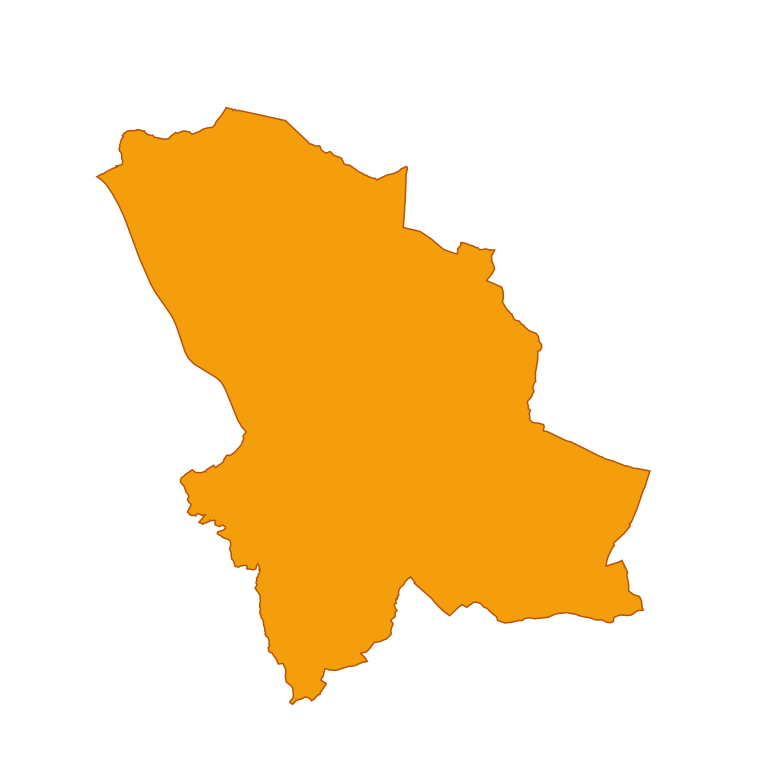 outline of Breaza, Prahova, Romania, rotated 170°
{"feature_id": "2599482B80317007736787", "entity_name": "Breaza", "entity_type": "district", "adm_level": 2, "iso_a3": "ROU", "parent_name": "Romania", "parent_adm1": "Prahova", "projection": "equal_earth", "projection_center": [25.656, 45.184], "detail": "fine", "context": "isolated", "style": "filled", "palette": "amber", "viewbox_px": 768, "rotation_deg": 170, "n_neighbors": 0, "source": "geoboundaries", "source_scale": "gbopen_adm2", "svg_char_len": 6141}
<svg xmlns="http://www.w3.org/2000/svg" viewBox="0 0 768 768"><g transform="rotate(170 384 384)"><path d="M491.5,683.6L493.2,681.2L498.9,675.5L503.5,671.7L505.8,668.4L507.6,667.1L509.1,666.6L513.2,666.9L518.3,666.3L522.4,664.6L529.5,663.3L530.2,663.5L531.3,665.8L537.2,668.1L544.1,666.8L545.5,667.9L550.8,665.2L554.1,662.8L558.3,663.4L567.6,667.1L568.5,669.2L569.6,669.1L573.5,670.7L576.2,674.2L576.0,674.9L578.7,675.4L580.9,677.0L583.2,677.3L584.4,676.5L585.3,677.1L587.9,676.8L589.2,677.7L593.3,677.6L594.6,676.5L596.6,676.2L597.0,674.8L598.6,674.2L598.0,672.5L600.2,670.5L602.9,664.8L602.9,663.2L604.2,661.7L603.8,659.1L602.7,657.5L602.5,655.0L603.2,651.5L602.6,649.0L603.1,647.0L604.0,645.9L604.6,645.3L609.9,645.3L609.2,644.2L613.2,643.5L620.2,641.4L624.5,639.5L624.7,639.9L630.8,638.0L626.7,634.1L623.0,628.9L618.4,618.4L614.4,606.9L610.6,592.5L602.8,549.4L596.2,522.4L593.5,514.6L581.8,489.1L579.9,483.6L578.4,477.1L574.3,449.9L572.8,445.0L570.8,441.2L567.5,436.6L547.6,418.9L543.8,413.8L541.2,406.5L534.1,373.4L531.4,366.3L528.0,360.6L530.5,358.7L531.9,357.0L531.7,354.5L535.4,348.6L542.5,343.0L545.9,341.2L548.5,340.4L550.7,341.2L551.3,341.0L554.8,337.4L555.8,335.3L558.1,333.8L560.7,332.9L564.3,330.8L565.9,333.6L573.9,330.3L574.7,328.5L575.7,329.2L579.0,328.3L584.7,329.5L587.8,332.8L595.8,329.2L597.1,328.0L599.4,327.0L601.2,324.8L601.3,323.3L601.1,321.9L598.6,317.9L597.7,311.8L596.1,309.2L595.8,307.7L595.9,306.6L597.7,304.5L596.8,301.5L595.3,299.7L595.1,298.0L599.8,292.1L598.8,291.1L598.4,289.5L596.2,287.8L594.0,287.8L592.3,286.7L590.4,288.9L588.3,288.1L586.2,286.1L582.7,286.2L590.3,279.9L586.5,277.3L585.9,278.1L583.2,278.2L579.2,279.2L578.9,280.2L576.5,279.1L574.7,279.4L573.8,278.7L574.9,275.6L574.6,274.5L570.7,272.3L566.8,273.1L566.1,271.6L564.9,270.6L565.1,269.5L568.1,267.9L573.3,267.3L574.2,265.7L573.3,264.5L571.1,263.1L569.8,261.2L566.6,259.1L564.6,258.3L562.7,255.8L562.7,252.6L564.7,248.5L563.8,244.0L564.4,240.9L564.3,238.0L562.9,235.9L562.2,230.2L558.8,228.9L556.6,229.7L551.7,229.5L550.3,228.2L551.2,226.3L550.9,225.4L549.1,225.4L544.9,223.6L542.2,224.3L540.7,227.7L539.8,228.6L539.4,228.7L538.7,227.0L538.8,223.9L538.2,223.2L539.3,222.6L538.7,221.6L539.9,219.2L541.0,218.2L541.3,216.6L543.3,215.0L543.3,212.5L544.6,211.0L544.0,208.1L546.4,205.5L542.8,197.6L543.6,190.5L544.5,189.7L544.5,188.0L545.1,186.9L544.7,183.5L546.2,180.4L545.5,178.2L545.5,175.0L544.7,174.0L544.1,172.5L544.3,166.6L543.7,164.0L544.3,161.6L543.6,159.9L544.6,158.6L543.7,155.7L542.7,155.3L542.1,154.2L541.7,150.3L542.5,147.8L542.0,146.5L542.6,145.3L543.5,144.9L543.9,144.0L543.8,141.1L543.0,139.6L540.9,138.6L540.5,137.7L539.8,135.3L538.4,133.2L536.6,126.5L532.3,126.4L531.8,125.7L530.2,119.3L532.0,112.8L532.1,108.4L531.7,107.1L527.4,102.3L526.7,99.8L527.4,92.0L529.3,89.6L531.2,88.4L532.1,86.9L529.7,84.4L524.8,87.9L520.6,88.0L516.0,89.4L513.0,88.1L511.3,86.5L510.3,84.6L507.1,86.0L503.7,88.9L500.7,89.6L500.6,90.8L493.1,98.5L493.3,99.8L495.0,100.3L495.2,101.4L497.4,102.9L497.5,103.6L497.1,104.5L494.7,106.6L491.7,113.7L490.1,113.5L487.3,111.8L480.7,110.3L466.9,112.2L463.9,111.6L461.7,111.7L453.8,113.6L448.6,113.7L450.4,118.2L452.7,121.1L453.7,123.0L448.2,123.1L444.7,125.4L438.5,131.1L432.8,131.1L425.7,132.6L421.0,135.7L420.1,137.5L420.1,140.4L416.8,146.1L417.0,147.4L418.4,149.3L418.4,150.1L413.4,153.1L412.9,155.3L413.1,156.7L410.5,158.7L411.4,160.1L412.5,164.5L411.8,165.3L409.9,166.0L410.1,168.7L408.6,169.8L409.3,170.2L409.1,170.6L407.2,171.6L407.5,172.8L407.2,173.4L406.0,173.7L406.1,175.3L405.0,178.8L402.9,180.9L399.7,182.8L397.1,185.9L393.7,188.5L393.3,188.1L391.2,189.6L390.6,187.7L390.0,187.3L388.1,183.3L388.9,182.8L374.9,165.3L369.6,156.5L365.3,150.5L359.6,144.4L348.9,151.5L345.5,153.1L341.3,149.7L334.4,153.1L331.9,153.5L327.1,151.2L324.3,146.7L321.4,145.2L318.9,141.3L317.0,139.3L316.7,138.3L314.4,136.4L313.5,134.5L313.1,131.4L306.6,127.7L300.2,127.2L291.7,127.7L289.7,126.9L286.1,128.5L283.8,128.7L279.8,128.1L276.8,126.7L263.0,125.7L254.7,127.8L244.2,127.2L235.4,124.0L230.2,121.0L221.8,117.9L216.3,114.9L210.1,113.8L205.6,110.4L202.2,109.6L199.3,110.3L198.7,113.1L197.1,114.6L191.2,115.5L184.9,113.8L180.5,113.6L173.3,116.8L168.0,116.2L168.6,119.5L168.1,125.5L169.2,130.3L174.5,133.0L179.1,137.9L178.4,140.6L177.8,145.5L178.2,153.1L176.8,156.3L180.3,169.0L183.4,167.9L196.9,166.1L195.2,171.4L192.7,176.0L187.6,183.0L185.2,184.9L185.8,187.1L173.4,195.2L166.5,201.1L166.0,202.4L166.8,204.0L164.5,204.8L157.0,216.4L147.2,234.3L145.3,236.7L137.2,252.2L150.8,257.3L152.0,257.3L158.8,261.2L160.4,261.3L172.5,268.7L180.0,272.4L182.2,274.5L183.6,275.0L209.6,294.3L214.2,296.3L231.6,308.9L234.7,309.9L235.1,310.6L233.5,314.6L234.0,316.3L237.5,318.2L244.4,320.3L246.9,324.0L246.1,326.3L246.1,329.6L244.5,332.4L244.8,333.3L246.2,335.0L245.7,336.7L246.0,341.6L240.4,346.4L239.7,348.1L237.6,350.8L238.1,354.9L236.0,358.7L234.0,360.5L234.0,363.2L233.2,366.3L233.1,368.2L228.7,380.2L226.8,389.6L224.7,389.8L223.7,390.6L222.3,392.9L221.9,395.6L223.7,398.7L223.8,404.2L225.5,407.6L231.6,411.1L235.1,415.2L236.2,417.6L238.4,419.5L240.0,422.5L243.0,423.8L244.7,425.2L246.0,430.6L247.8,432.4L248.3,434.1L250.1,436.1L253.1,444.1L251.5,448.2L250.9,451.8L250.7,455.1L251.3,458.9L264.8,467.9L264.0,469.1L258.3,473.9L255.2,477.9L255.1,479.9L256.5,486.8L255.8,491.5L251.7,496.7L257.2,497.9L260.3,499.4L264.0,499.3L266.8,499.8L267.9,502.0L270.3,502.6L272.1,504.5L274.8,505.5L280.1,508.8L282.8,509.8L283.8,509.8L284.3,507.2L287.9,504.4L289.1,499.5L291.3,500.1L301.8,506.0L312.6,519.0L321.8,527.8L337.8,534.8L332.6,555.4L332.8,556.4L331.9,558.1L325.7,586.9L323.6,592.0L323.6,593.6L324.3,594.3L330.1,592.7L332.5,591.0L337.3,589.7L345.2,589.1L355.9,586.3L356.8,588.0L359.4,588.5L361.4,590.0L362.8,590.3L363.0,591.0L364.1,591.3L364.4,592.2L366.1,592.8L369.6,595.9L371.4,596.8L379.0,604.7L380.9,606.0L382.3,606.0L385.0,607.6L386.7,613.8L393.8,618.0L396.5,622.1L397.4,622.3L400.0,621.5L401.8,621.9L404.8,625.0L405.4,626.5L405.6,628.9L406.4,629.8L409.9,630.1L413.5,632.6L415.9,633.6L416.6,635.3L435.3,660.5L479.3,678.6L481.7,678.9L483.1,680.3L485.3,679.6L485.6,680.9L491.5,683.6Z" fill="#f59e0b" stroke="#b45309" stroke-width="1.5"/></g></svg>